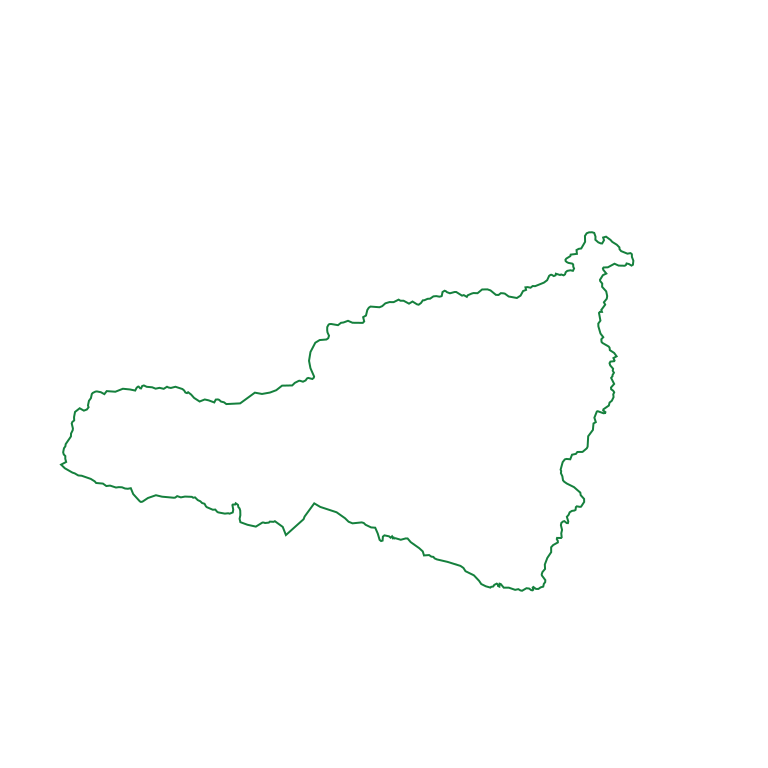 Macara, Loja, Ecuador, rotated 123°
{"feature_id": "8360857B58604759333218", "entity_name": "Macara", "entity_type": "district", "adm_level": 2, "iso_a3": "ECU", "parent_name": "Ecuador", "parent_adm1": "Loja", "projection": "equal_earth", "projection_center": [-79.942, -4.349], "detail": "fine", "context": "isolated", "style": "outline", "palette": "green", "viewbox_px": 768, "rotation_deg": 123, "n_neighbors": 0, "source": "geoboundaries", "source_scale": "gbopen_adm2", "svg_char_len": 6166}
<svg xmlns="http://www.w3.org/2000/svg" viewBox="0 0 768 768"><g transform="rotate(123 384 384)"><path d="M153.7,246.5L152.3,245.9L150.8,246.2L150.0,244.0L149.9,240.9L148.4,240.2L144.8,242.0L142.4,245.3L140.2,246.8L140.0,247.7L140.0,248.6L142.1,250.8L143.4,257.5L142.7,259.8L141.2,261.0L140.4,264.6L140.5,270.0L139.8,272.5L139.5,278.0L141.8,280.0L143.6,277.8L147.3,277.6L148.0,278.7L148.5,281.5L147.9,285.3L145.2,286.9L142.8,290.0L143.4,292.1L145.2,294.7L147.2,296.1L150.4,296.1L155.2,292.8L162.9,292.4L164.6,294.3L166.8,295.5L169.8,293.1L173.8,297.9L175.3,297.4L179.5,299.4L180.9,299.5L181.9,298.7L182.2,297.2L182.0,295.3L180.5,291.7L180.7,290.5L182.6,289.1L183.6,287.5L186.2,287.2L187.1,289.6L189.3,291.9L191.3,292.5L193.4,291.9L195.0,292.5L195.7,295.1L196.7,295.7L197.9,299.9L199.4,299.3L201.0,300.4L201.1,302.9L201.7,303.7L203.3,304.4L208.1,303.7L211.9,305.1L219.6,310.5L220.9,312.7L223.4,313.5L224.5,316.3L225.9,318.0L227.7,316.1L230.3,318.0L235.5,317.6L239.5,319.4L242.7,327.1L242.4,331.9L242.9,333.2L244.2,335.5L246.9,336.4L248.3,338.7L247.5,345.6L248.3,348.8L251.3,353.2L256.9,355.0L259.0,358.5L260.5,359.8L264.0,362.1L265.8,362.0L266.0,365.5L267.4,366.7L267.5,373.5L268.4,374.9L272.0,378.1L272.7,381.2L272.5,382.7L272.8,384.0L275.0,385.0L278.7,383.5L279.3,383.8L280.6,385.1L281.8,388.0L283.6,390.3L287.3,391.8L288.8,393.8L291.8,395.8L292.7,397.0L295.9,397.1L298.6,398.1L299.2,399.7L299.3,405.0L303.0,406.8L303.5,412.9L305.2,415.5L305.3,417.7L310.1,420.5L312.3,424.0L315.6,426.8L319.7,427.9L322.1,429.6L326.4,437.5L328.3,438.3L331.0,438.3L336.4,436.4L339.3,437.9L342.3,434.7L344.3,435.1L349.8,443.8L350.6,448.6L354.5,451.5L356.1,453.4L359.7,454.6L362.5,461.1L363.6,462.5L364.7,462.8L367.2,462.6L369.9,460.9L371.5,459.5L373.5,456.4L376.0,455.7L378.0,456.5L382.2,461.9L386.8,464.1L397.2,463.1L405.4,459.5L410.8,454.3L415.8,446.7L417.0,446.3L418.8,446.8L420.2,450.9L421.3,451.6L423.7,451.7L426.2,453.2L427.1,456.4L427.8,457.2L431.6,459.4L435.2,460.2L440.9,468.6L447.9,471.0L453.3,475.0L458.8,480.9L461.6,487.6L478.6,494.1L486.7,505.3L486.5,508.3L487.5,511.1L487.1,513.7L487.4,514.9L488.7,516.6L491.9,516.3L493.2,522.1L494.6,525.9L499.1,529.1L499.1,535.7L497.9,540.0L497.6,543.8L498.9,544.2L499.1,544.8L499.3,546.0L498.3,548.0L498.0,550.3L499.9,557.4L503.4,560.6L504.3,562.8L504.5,564.5L508.0,566.1L509.5,570.2L512.3,573.0L513.0,576.6L515.6,581.5L516.0,584.6L517.4,585.7L520.0,585.3L520.4,586.1L519.8,588.4L520.4,589.0L522.0,589.4L525.0,589.1L526.9,594.0L530.2,600.4L536.8,605.1L541.0,612.7L544.8,613.0L545.1,617.0L546.6,620.8L547.6,621.9L550.1,623.4L551.5,623.6L555.5,622.1L558.8,622.3L563.2,620.6L564.4,619.1L567.2,619.3L569.8,621.2L570.1,626.0L575.7,627.9L580.6,625.9L583.3,624.0L585.5,624.7L587.2,624.4L590.7,620.7L592.3,619.9L596.0,619.5L598.5,618.0L607.8,618.2L609.8,617.3L612.2,617.4L616.0,615.9L617.5,614.2L618.0,612.0L620.3,610.6L622.5,608.1L627.5,610.9L628.5,605.8L628.0,597.0L627.4,594.8L627.2,590.6L625.6,587.6L623.3,578.3L623.2,573.6L623.8,571.5L620.6,565.5L620.8,561.3L618.4,558.4L616.8,552.4L614.9,550.2L613.3,547.4L612.7,544.3L611.4,541.8L609.3,539.6L612.9,534.4L615.4,524.9L615.3,523.6L614.2,522.5L608.2,519.9L601.5,514.7L599.4,508.8L593.8,498.2L592.9,497.2L590.7,496.4L589.7,492.6L586.8,489.6L583.3,483.7L583.3,482.1L582.0,480.7L582.8,477.0L582.4,474.1L582.9,471.8L582.2,469.3L583.6,466.7L583.8,465.5L582.7,459.1L581.2,457.1L582.0,454.5L582.0,453.2L579.4,446.9L577.3,444.3L576.8,442.8L574.1,440.9L571.5,442.0L568.1,445.2L567.4,445.1L566.1,443.2L564.8,443.4L564.9,440.7L566.6,439.0L567.0,437.4L568.5,435.6L572.3,433.0L575.7,431.7L578.1,429.2L576.4,421.8L573.4,413.8L566.4,410.5L565.7,409.4L565.4,408.1L563.0,405.1L561.6,404.8L559.7,401.5L558.5,400.8L559.0,391.1L564.1,384.0L541.2,377.8L538.4,378.4L522.1,377.5L521.8,370.5L517.4,353.9L517.8,343.6L518.8,338.7L518.0,334.5L512.2,327.3L511.6,325.3L512.1,322.8L511.3,316.7L509.3,313.1L512.9,307.7L517.1,302.8L517.3,300.9L516.1,299.9L512.6,301.8L510.7,301.2L509.0,296.8L509.3,294.8L507.4,294.3L508.5,292.7L507.5,292.3L508.0,291.3L507.1,290.4L505.5,285.1L501.7,281.7L500.7,280.1L502.1,275.4L502.5,265.1L503.3,260.3L506.0,257.1L502.9,253.0L503.0,250.3L502.1,248.4L502.7,246.6L502.3,244.1L498.6,233.9L494.9,220.8L495.0,217.2L496.6,213.7L495.5,204.4L497.3,197.0L498.8,193.5L498.2,188.4L496.8,183.9L495.8,183.7L494.3,182.1L492.4,182.1L490.0,180.7L490.1,179.5L491.3,178.3L491.1,176.9L488.5,178.2L488.2,177.1L489.6,172.6L486.8,168.3L485.2,161.9L482.9,159.6L482.8,157.1L482.2,155.6L477.7,153.3L476.5,150.9L476.7,148.3L476.1,147.0L475.2,146.8L473.8,148.4L472.9,148.2L473.1,145.0L471.8,142.9L469.3,141.9L467.2,140.1L464.5,141.1L462.4,140.9L460.6,141.9L458.6,147.3L457.7,148.1L455.4,148.7L451.4,148.2L447.8,150.8L440.9,152.3L434.0,152.2L429.9,154.9L426.9,154.4L422.2,151.9L420.9,152.8L420.0,154.6L418.8,155.0L416.7,151.6L415.8,151.5L412.7,154.0L409.4,155.2L406.0,158.8L403.9,159.6L401.9,159.0L400.8,158.1L401.1,155.0L400.5,154.0L399.0,154.5L395.8,158.3L393.2,157.9L390.5,158.4L388.1,157.3L386.3,155.3L385.2,154.8L382.8,156.0L381.6,155.7L380.3,152.7L379.5,151.9L373.9,151.9L371.4,153.6L370.1,158.5L368.2,160.2L367.0,168.5L367.9,176.4L367.8,179.7L367.3,181.4L364.2,184.2L362.4,187.1L360.5,188.0L359.7,189.2L352.2,191.6L348.8,191.3L347.5,190.2L345.7,186.8L340.9,187.8L338.1,185.0L335.7,184.8L332.8,180.5L327.5,178.9L325.7,179.1L316.6,184.3L308.7,183.8L303.0,186.8L300.6,185.6L297.7,189.2L291.2,190.5L290.4,189.9L289.0,184.0L287.9,182.7L287.0,183.0L286.8,185.8L285.7,186.2L279.6,183.7L276.7,184.7L274.0,183.8L270.0,184.3L267.8,186.1L265.6,186.4L264.8,188.1L264.7,190.6L263.3,191.7L258.6,191.0L255.2,196.8L253.0,196.6L252.1,197.2L249.3,197.3L248.3,199.4L246.4,200.2L245.2,204.4L243.7,206.2L241.9,206.3L239.5,203.4L238.8,203.4L237.3,205.7L234.1,204.0L232.6,207.9L232.6,213.0L230.7,214.6L230.2,216.0L230.6,223.1L230.2,224.5L228.1,226.1L225.3,225.6L223.8,229.9L218.9,235.6L216.6,237.2L213.0,237.0L207.3,242.4L205.9,242.2L204.8,240.5L203.5,242.1L197.0,241.7L195.7,244.1L191.2,243.6L188.7,244.7L185.3,248.1L183.7,254.0L180.9,255.7L179.9,258.8L179.0,259.6L173.5,259.7L170.3,257.7L168.8,262.3L167.8,263.4L166.7,263.3L164.2,259.8L157.6,256.2L156.9,251.7L153.7,246.5Z" fill="none" stroke="#15803d" stroke-width="2"/></g></svg>